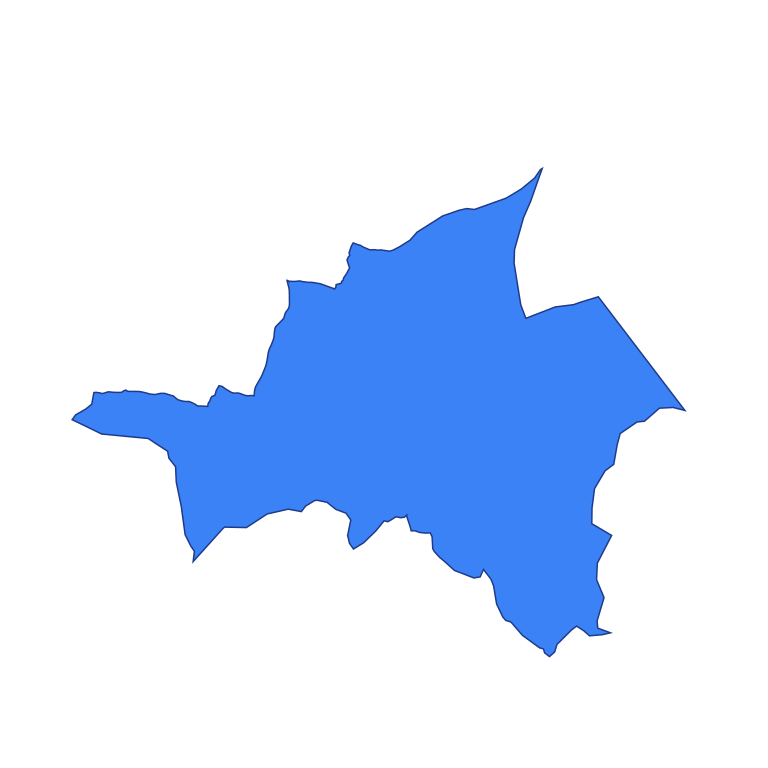 outline of Okpokwu, Benue, Nigeria, rotated 280°
{"feature_id": "59680162B94450341733030", "entity_name": "Okpokwu", "entity_type": "district", "adm_level": 2, "iso_a3": "NGA", "parent_name": "Nigeria", "parent_adm1": "Benue", "projection": "orthographic", "projection_center": [7.847, 7.064], "detail": "fine", "context": "isolated", "style": "filled", "palette": "blue", "viewbox_px": 768, "rotation_deg": 280, "n_neighbors": 0, "source": "geoboundaries", "source_scale": "gbopen_adm2", "svg_char_len": 3442}
<svg xmlns="http://www.w3.org/2000/svg" viewBox="0 0 768 768"><g transform="rotate(280 384 384)"><path d="M410.2,684.9L507.1,579.9L499.3,564.5L495.0,556.8L489.6,539.2L473.3,512.3L485.8,504.9L525.7,491.1L539.0,489.2L572.0,492.5L589.4,496.7L616.1,501.1L623.7,502.4L622.4,500.9L612.9,496.5L599.8,485.3L588.3,472.1L571.6,442.8L571.1,434.9L568.2,427.9L559.7,412.6L539.3,390.2L530.1,384.6L521.8,375.4L517.3,369.5L515.8,366.5L515.7,364.0L515.5,357.5L515.1,356.2L514.7,354.0L514.7,351.6L513.7,347.2L514.0,345.1L515.4,339.3L516.5,336.5L516.8,333.2L517.6,329.2L514.2,327.9L507.1,326.8L504.7,327.9L502.4,326.6L499.7,326.0L495.9,328.0L492.3,330.0L488.6,328.7L486.4,328.1L484.5,327.2L481.7,325.9L478.6,325.6L477.8,324.5L475.7,324.4L475.0,322.6L473.5,319.6L471.1,319.8L469.0,318.8L469.4,317.0L471.7,303.6L471.6,295.4L470.9,291.2L470.7,285.7L470.9,283.2L469.6,278.8L469.2,276.4L469.0,274.8L468.8,273.4L468.3,273.1L468.8,272.3L469.1,271.6L469.2,271.2L469.2,270.5L467.5,271.2L462.5,273.5L460.3,274.3L456.2,275.2L451.2,276.1L446.4,277.0L443.8,277.2L440.6,276.4L437.9,274.9L435.9,274.3L434.3,274.2L431.8,273.9L429.7,272.9L425.5,270.0L421.8,267.5L420.3,267.0L418.4,266.9L410.6,267.5L407.4,267.1L403.8,266.4L399.0,265.1L395.7,264.6L387.1,264.7L382.5,264.6L378.6,263.9L372.2,262.5L369.6,261.8L361.8,259.0L359.2,258.1L357.4,257.8L354.6,257.7L349.8,258.1L349.7,255.4L348.9,252.6L348.6,250.1L349.0,247.5L349.7,243.6L349.8,241.5L349.0,238.4L349.1,235.6L350.2,232.5L351.7,228.6L353.4,225.3L353.6,223.4L353.7,221.8L348.3,219.9L343.6,219.5L341.7,216.6L339.7,215.8L337.1,215.4L334.7,214.3L331.3,214.2L331.2,212.8L330.9,210.6L330.5,207.4L330.1,204.9L330.0,204.0L331.2,201.8L331.7,200.0L332.6,196.9L332.9,194.9L332.3,191.4L332.2,189.5L332.3,187.3L332.7,184.0L333.8,181.7L335.6,178.7L335.7,177.7L336.0,175.0L336.7,169.5L336.0,165.6L333.9,160.4L333.8,159.0L333.6,157.5L333.5,154.7L333.7,153.2L333.9,150.9L334.1,147.2L334.1,144.2L333.9,142.9L333.6,141.0L332.7,135.7L332.3,133.0L332.6,132.2L332.9,131.4L333.2,130.8L332.2,129.1L331.6,128.3L330.4,127.3L330.2,126.7L329.7,124.6L329.2,121.6L328.8,118.6L328.5,114.3L328.2,113.3L326.7,110.5L325.6,108.1L325.8,107.0L325.9,104.9L325.8,102.0L325.2,99.8L313.4,99.7L307.5,94.6L300.1,85.7L294.7,83.1L287.9,107.1L285.7,114.6L289.4,161.2L285.2,170.8L280.2,182.6L273.5,185.1L266.4,193.1L251.2,196.5L228.0,205.7L201.1,214.3L191.0,221.8L186.4,226.3L176.0,226.9L213.8,250.5L215.4,251.9L218.7,273.4L235.7,291.5L244.1,311.4L244.0,324.8L250.2,328.0L257.2,336.0L257.9,338.4L257.6,348.4L252.2,358.3L250.2,369.0L244.3,374.9L228.5,374.5L221.1,377.7L216.2,382.6L224.1,391.5L237.8,401.4L249.3,407.9L249.0,411.6L250.8,413.9L255.3,418.8L255.2,423.7L256.4,427.3L258.9,429.2L256.6,429.9L251.8,432.5L248.1,434.5L244.1,436.3L244.8,439.8L244.0,445.1L244.4,450.9L245.4,455.4L241.9,457.9L230.3,460.6L227.7,462.7L225.2,465.9L222.7,469.2L220.4,473.4L212.6,485.8L208.6,506.3L210.7,512.2L216.1,513.5L218.6,514.2L210.4,523.2L204.2,527.0L186.9,533.1L175.1,541.5L172.3,545.0L171.6,550.4L160.5,564.0L151.2,583.0L150.8,587.0L147.1,588.9L144.3,594.3L149.7,598.6L157.6,599.6L164.3,604.3L174.4,611.4L179.0,615.7L175.8,623.4L171.7,630.1L175.0,642.5L178.3,650.2L180.7,636.9L187.7,635.0L211.8,637.8L228.2,627.3L237.6,626.1L244.6,625.2L261.9,630.6L274.4,634.5L282.5,612.9L297.9,610.4L317.5,609.5L336.9,616.8L344.8,624.2L364.9,624.2L376.2,625.2L390.5,639.7L392.6,647.0L400.9,653.7L408.0,659.4L411.1,672.8L410.2,684.9Z" fill="#3b82f6" stroke="#1e3a8a" stroke-width="1.5"/></g></svg>